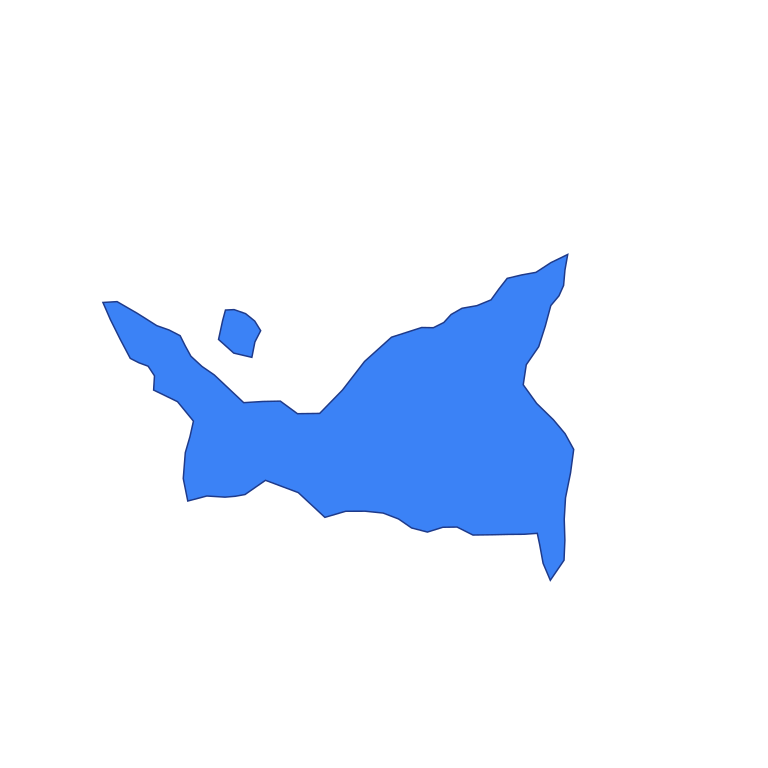 map outline of Abşeron (Mercator projection), rotated 225°
{"feature_id": "AZE-1690", "entity_name": "Abşeron", "entity_type": "District", "adm_level": 1, "iso_a3": "AZE", "parent_name": "Azerbaijan", "parent_adm1": "", "projection": "mercator", "projection_center": [49.385, 40.295], "detail": "fine", "context": "isolated", "style": "filled", "palette": "blue", "viewbox_px": 768, "rotation_deg": 225, "n_neighbors": 0, "source": "natural_earth", "source_scale": "10m", "svg_char_len": 1348}
<svg xmlns="http://www.w3.org/2000/svg" viewBox="0 0 768 768"><g transform="rotate(225 384 384)"><path d="M238.8,478.5L220.8,476.9L203.6,471.9L189.2,453.0L175.2,431.9L161.0,415.9L145.6,401.4L132.1,386.7L127.6,362.8L144.7,369.7L160.5,380.6L170.0,386.8L178.7,376.8L189.6,365.7L200.3,354.5L214.3,340.1L231.2,334.5L241.1,324.3L248.6,310.0L262.7,301.7L278.4,298.8L293.4,292.1L307.4,280.7L321.1,266.9L331.5,247.9L367.8,246.6L399.7,232.1L401.9,220.0L404.1,207.6L409.8,199.4L416.4,191.6L430.1,179.5L440.0,162.5L459.1,175.2L476.0,195.0L484.0,209.6L492.5,223.0L517.5,225.5L542.6,216.8L552.1,227.5L563.4,229.8L572.3,225.7L581.5,222.7L602.2,229.1L623.1,236.1L640.4,242.9L631.0,253.5L608.5,259.5L585.9,264.6L574.2,270.2L562.3,274.0L551.5,270.4L540.2,267.1L525.1,267.7L510.4,270.4L470.0,271.6L457.2,286.1L445.2,298.6L424.2,301.8L408.7,317.7L409.1,350.4L413.7,386.2L411.8,422.4L397.3,450.6L388.9,458.7L385.2,469.8L385.7,480.6L382.4,492.7L373.7,505.1L367.8,519.2L370.0,532.8L371.6,545.8L363.9,558.3L355.5,570.4L351.8,587.9L345.7,605.5L336.6,592.5L326.7,580.7L322.6,570.0L321.5,557.4L310.9,539.0L301.0,519.8L297.0,498.2L285.0,481.9L262.3,478.2L238.8,478.5ZM519.9,337.1L508.9,334.5L505.0,322.4L497.6,311.4L496.3,309.4L512.1,299.6L532.5,298.5L543.0,314.8L548.4,324.2L542.6,330.6L531.6,335.9L519.9,337.1Z" fill="#3b82f6" stroke="#1e3a8a" stroke-width="1.5"/></g></svg>